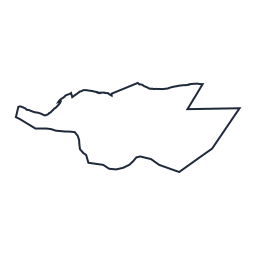 outline of Schouwen-Duiveland, Zeeland, Netherlands, rotated 179°
{"feature_id": "6326949B19243153872397", "entity_name": "Schouwen-Duiveland", "entity_type": "district", "adm_level": 2, "iso_a3": "NLD", "parent_name": "Netherlands", "parent_adm1": "Zeeland", "projection": "robinson", "projection_center": [3.94, 51.688], "detail": "fine", "context": "isolated", "style": "outline", "palette": "slate", "viewbox_px": 256, "rotation_deg": 179, "n_neighbors": 0, "source": "geoboundaries", "source_scale": "gbopen_adm2", "svg_char_len": 4965}
<svg xmlns="http://www.w3.org/2000/svg" viewBox="0 0 256 256"><g transform="rotate(179 128 128)"><path d="M239.9,140.8L236.5,139.1L220.6,129.1L209.7,128.9L204.8,128.2L200.3,126.6L195.9,126.1L191.0,125.6L186.1,125.4L181.3,124.8L178.3,120.8L177.1,116.8L176.9,112.3L176.4,107.6L173.1,103.8L170.3,101.7L168.2,93.9L153.5,91.6L147.6,87.6L140.6,86.8L133.5,88.3L127.3,91.2L123.5,94.6L120.1,98.5L116.2,99.3L105.5,96.5L97.5,90.6L77.6,83.1L59.0,95.9L44.2,106.0L32.0,123.3L22.8,136.4L16.1,145.8L68.2,145.8L59.7,159.2L52.7,170.5L52.9,170.5L53.1,170.6L53.4,170.6L54.2,170.6L55.9,170.8L56.3,170.9L56.6,170.9L58.2,171.2L58.4,171.2L58.7,171.2L59.1,171.1L59.5,171.1L59.9,171.0L60.7,171.1L60.8,171.1L61.1,171.1L61.5,171.0L61.8,171.0L62.8,171.0L63.3,170.9L64.5,170.8L65.1,170.7L66.0,170.7L66.3,170.5L66.4,170.3L66.5,170.3L66.5,170.2L66.9,170.1L67.1,170.0L67.6,170.0L68.2,170.0L68.6,169.9L68.9,169.8L69.1,169.8L69.4,169.8L69.6,169.8L69.9,169.8L70.1,169.9L70.3,169.9L70.8,169.8L71.5,169.8L71.8,169.8L72.1,169.8L72.6,169.8L72.8,169.8L73.2,169.7L73.4,169.7L74.2,169.6L74.8,169.5L75.1,169.5L75.4,169.5L75.9,169.5L76.1,169.5L76.3,169.4L76.7,169.3L76.9,169.2L77.1,169.2L77.8,169.2L78.4,169.0L78.5,168.9L79.3,168.9L79.7,168.8L80.3,168.7L80.7,168.6L81.8,168.5L82.0,168.4L82.5,168.3L82.6,168.2L83.3,168.2L83.8,168.1L84.0,168.0L84.3,167.9L84.6,167.8L84.9,167.7L85.2,167.6L85.5,167.5L85.8,167.5L86.0,167.4L86.4,167.3L86.8,167.1L87.2,166.9L87.4,166.8L87.6,166.8L87.8,166.7L88.4,166.7L88.9,166.7L89.1,166.7L89.3,166.7L89.5,166.7L89.9,166.6L90.1,166.6L90.3,166.5L91.2,166.5L92.3,166.3L92.8,166.3L93.1,166.3L93.7,166.3L94.3,166.4L94.5,166.4L95.3,166.4L95.5,166.4L96.1,166.5L96.3,166.5L96.5,166.5L97.2,166.5L97.4,166.5L97.5,166.5L97.9,166.5L98.3,166.6L99.5,166.6L100.6,166.6L101.0,166.6L101.3,166.5L101.5,166.5L101.9,166.5L102.0,166.5L102.5,166.8L102.9,166.8L103.4,166.9L103.5,166.9L103.9,166.9L104.1,166.8L104.3,166.8L104.6,166.8L104.8,166.8L105.1,166.9L105.2,167.0L106.0,167.0L106.5,167.3L106.8,167.5L107.1,167.7L107.3,167.8L107.7,168.0L108.2,168.3L108.7,168.6L109.3,168.8L109.6,168.9L110.2,169.2L110.4,169.3L110.6,169.4L111.2,169.6L111.3,169.7L111.5,169.8L111.9,170.1L112.1,170.3L112.4,170.5L112.7,170.7L113.0,170.9L113.2,171.0L113.6,171.1L114.7,171.4L114.9,171.4L115.3,171.4L115.5,171.3L115.8,171.4L116.0,171.5L116.3,171.8L116.5,172.1L116.7,172.3L117.0,172.5L117.4,172.9L143.8,162.6L143.8,160.7L144.5,161.1L144.9,161.3L145.9,161.9L146.5,162.3L146.8,162.6L147.2,163.1L147.3,163.2L147.5,163.3L148.2,163.2L148.3,163.2L150.2,163.4L150.3,163.4L151.0,163.8L152.0,163.8L153.2,163.8L153.9,163.8L154.4,163.8L154.9,163.8L155.4,163.7L155.6,163.7L155.3,163.5L155.2,163.5L155.2,163.4L155.3,163.3L155.5,163.3L155.8,163.3L156.1,163.4L156.6,163.5L156.9,163.6L158.0,163.9L158.2,164.0L157.9,164.2L157.9,164.3L158.0,164.3L158.4,164.5L159.0,164.6L159.5,164.8L160.3,164.9L161.1,165.0L161.4,165.0L161.6,165.1L161.8,165.2L162.1,165.3L162.5,165.5L162.8,165.6L163.2,165.6L163.3,165.6L163.7,165.6L164.1,165.7L164.3,165.8L164.5,165.8L165.1,165.9L165.3,166.0L166.8,166.1L167.6,166.3L168.2,166.4L168.8,166.6L169.6,166.5L170.0,166.6L170.5,166.7L170.8,166.7L171.4,166.6L172.0,166.6L173.4,165.9L173.9,165.6L174.1,165.4L174.3,165.3L174.2,165.4L174.3,165.5L174.9,165.5L175.0,165.5L175.3,165.4L175.5,165.3L175.7,165.0L175.8,164.9L176.4,164.7L176.8,164.3L177.7,163.7L178.4,163.1L179.7,162.3L180.0,162.1L180.7,161.7L181.4,161.1L183.2,159.8L184.3,163.8L184.4,163.7L184.5,163.7L185.2,163.4L185.4,163.3L185.7,163.1L186.0,163.0L186.4,162.9L186.6,162.8L186.9,162.7L187.2,162.6L187.5,162.5L187.9,162.4L188.1,162.4L188.4,162.2L188.8,162.0L189.4,161.8L189.6,161.7L189.9,161.6L190.1,161.5L190.2,161.4L190.4,161.0L190.6,160.8L190.9,160.6L191.0,160.5L191.0,160.4L191.1,160.2L191.3,160.1L192.3,159.4L192.7,159.1L193.2,158.8L193.6,158.7L194.1,158.4L194.4,158.2L194.5,158.1L194.8,157.8L195.2,157.5L195.4,157.3L195.6,157.1L196.0,156.7L196.3,156.3L196.7,156.0L196.8,155.8L197.2,155.2L196.9,155.3L196.6,155.4L196.5,155.5L196.1,155.7L195.9,155.8L195.6,155.9L194.8,155.8L194.7,155.8L194.7,155.7L194.8,155.6L195.3,155.2L195.5,154.8L195.5,154.7L195.7,154.2L195.7,153.9L195.8,153.8L196.2,153.6L196.7,152.8L196.7,152.7L197.0,152.4L197.6,151.9L197.8,151.8L198.1,151.4L198.3,151.1L198.4,150.9L198.7,150.7L199.1,150.3L199.4,150.0L199.9,149.7L200.1,149.3L200.6,149.0L201.3,148.8L201.9,148.1L202.2,147.7L202.9,147.1L203.3,146.8L204.0,146.1L204.4,145.7L204.7,145.4L205.3,144.8L205.6,144.7L206.5,144.4L206.7,144.2L207.1,143.5L207.2,143.4L208.7,142.7L209.9,142.2L210.0,142.2L211.2,142.1L211.3,142.2L211.6,142.3L211.9,142.5L212.3,142.6L212.8,142.8L213.5,143.1L214.2,143.6L214.6,143.8L216.0,144.3L216.4,144.4L217.3,144.8L220.6,145.3L222.7,146.0L223.5,146.3L224.5,146.7L224.9,146.8L226.3,147.5L226.8,147.7L227.5,147.9L228.0,147.9L228.6,147.8L228.9,148.0L229.6,148.6L229.8,148.8L230.1,149.2L230.2,149.3L230.3,149.4L231.4,149.8L232.3,150.3L233.6,150.9L234.6,151.3L235.8,151.5L237.1,151.1L237.3,151.0L239.9,140.8Z" fill="none" stroke="#1e293b" stroke-width="2"/></g></svg>